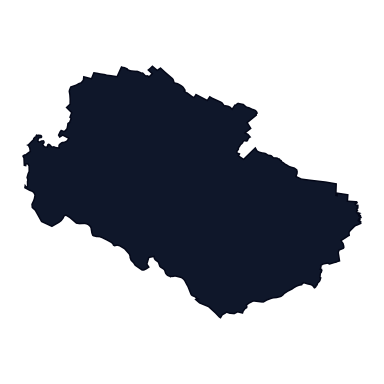 Rabagani, Bihor, Romania
{"feature_id": "2599482B4708880341888", "entity_name": "Rabagani", "entity_type": "district", "adm_level": 2, "iso_a3": "ROU", "parent_name": "Romania", "parent_adm1": "Bihor", "projection": "natural_earth1", "projection_center": [22.248, 46.751], "detail": "fine", "context": "isolated", "style": "filled", "palette": "ink", "viewbox_px": 384, "rotation_deg": 0, "n_neighbors": 0, "source": "geoboundaries", "source_scale": "gbopen_adm2", "svg_char_len": 5924}
<svg xmlns="http://www.w3.org/2000/svg" viewBox="0 0 384 384"><path d="M320.7,277.9L319.8,277.6L320.1,275.7L320.1,274.7L320.4,273.7L320.5,273.0L320.8,272.5L321.2,272.3L321.8,270.4L321.5,269.8L321.5,269.4L320.3,269.3L321.0,266.3L320.7,265.4L323.4,263.9L327.6,263.1L329.5,264.0L334.6,262.4L335.9,262.2L337.4,261.5L339.5,260.9L338.3,253.1L338.3,252.1L339.1,250.0L343.3,248.3L343.8,247.6L343.7,246.1L343.0,243.5L341.7,241.8L341.0,240.6L348.3,235.8L349.2,235.4L349.0,233.3L349.1,232.1L349.9,230.9L354.4,226.4L355.6,225.5L356.9,225.1L360.7,223.4L360.3,222.5L360.4,222.3L360.6,222.3L360.8,222.0L360.7,221.7L360.1,221.6L359.9,221.9L359.8,222.0L359.7,221.9L359.7,221.4L359.5,220.8L358.5,220.9L358.2,220.7L358.2,220.4L358.5,220.4L358.9,220.1L359.1,219.8L359.1,219.4L359.4,219.7L359.9,219.8L360.0,219.5L359.6,218.6L359.9,217.9L360.2,217.7L360.7,217.8L361.0,217.4L360.6,217.0L360.4,215.8L359.8,216.1L358.7,215.9L358.7,215.5L358.9,215.4L359.5,215.6L359.7,215.2L359.3,214.5L358.8,214.8L358.5,214.6L358.3,214.0L359.6,213.3L358.3,212.9L357.7,213.5L357.2,213.2L357.2,212.7L356.5,212.0L356.5,211.5L356.7,211.0L357.5,210.7L357.2,209.9L356.8,209.6L356.6,209.2L356.5,208.8L357.8,208.1L357.9,207.9L357.9,207.7L357.3,207.3L357.1,206.7L357.4,206.4L357.8,206.3L358.0,206.1L357.8,205.3L356.7,205.3L355.3,204.6L355.2,204.3L355.4,204.0L355.2,203.6L355.6,203.2L356.6,203.2L357.1,202.7L356.6,201.8L347.4,201.2L347.8,194.8L337.3,193.2L337.2,195.7L335.8,195.4L336.2,183.9L325.8,182.1L309.6,180.2L301.3,179.1L295.9,176.5L297.0,173.4L297.1,171.6L296.7,169.9L294.3,168.1L291.0,167.2L288.8,166.4L287.0,165.2L284.9,164.1L283.6,163.0L281.7,161.8L281.4,161.4L281.2,160.7L279.9,160.0L279.4,159.1L278.3,158.9L277.1,158.1L276.2,158.0L273.4,157.9L271.4,155.9L270.4,155.5L269.3,155.4L267.9,155.2L265.6,153.6L264.0,153.2L262.2,153.0L259.3,152.2L258.2,151.7L257.2,151.1L256.6,150.4L255.3,148.0L243.6,159.4L238.4,155.9L239.5,153.9L239.0,153.6L237.5,153.4L237.0,152.9L236.9,151.4L237.1,150.8L237.8,150.1L238.4,149.1L238.4,147.9L238.7,147.3L239.2,146.8L239.9,145.7L240.4,144.7L241.5,143.8L242.5,142.8L243.1,141.4L243.8,140.8L244.8,140.7L245.7,140.9L246.8,141.0L247.5,140.4L247.4,139.6L248.3,138.8L249.0,137.5L250.1,137.0L247.8,134.3L244.9,132.9L250.7,128.4L247.1,122.6L256.3,115.1L256.0,114.0L257.1,113.1L256.6,111.9L255.5,110.6L253.6,109.7L252.3,109.4L248.8,107.7L247.5,107.5L246.0,106.9L243.3,104.5L238.8,103.6L238.3,103.4L237.5,103.6L235.6,105.3L235.0,105.1L232.1,109.3L230.2,107.3L228.1,106.3L225.5,105.8L224.2,105.9L222.0,102.9L220.7,102.1L211.9,98.1L209.8,96.8L207.3,100.5L196.0,94.6L194.2,97.5L192.4,96.9L187.3,93.1L187.1,93.4L184.2,91.1L185.0,90.2L183.3,87.6L182.6,86.8L180.8,85.5L177.6,83.7L174.1,82.9L173.2,79.8L172.5,78.7L164.7,72.0L160.5,68.1L157.2,70.4L152.4,66.3L150.2,68.5L148.3,70.0L152.3,73.7L148.8,77.1L147.8,75.9L145.5,76.0L142.7,73.1L141.1,73.1L139.9,72.4L137.5,71.4L134.6,71.3L130.8,70.9L129.4,70.5L127.2,69.5L127.2,68.9L124.5,67.7L123.6,67.5L123.1,67.6L121.5,67.0L117.1,76.7L110.0,75.6L106.8,75.3L104.7,74.6L99.8,73.9L97.6,73.4L93.9,72.8L91.5,78.8L83.8,76.8L83.4,80.2L81.1,82.9L78.9,83.6L76.3,85.1L70.8,87.0L69.5,90.2L69.3,91.5L69.9,94.8L70.2,99.4L70.1,104.2L66.6,107.5L71.7,112.6L70.0,117.3L71.2,118.5L69.5,122.7L68.5,123.0L68.2,123.3L67.9,123.7L67.8,125.1L67.2,128.1L66.8,129.1L64.7,131.2L63.9,131.5L61.2,130.5L60.3,131.6L58.6,135.1L59.7,137.0L62.7,135.1L68.9,138.3L67.3,140.7L66.1,141.6L64.1,142.4L62.5,142.5L61.7,142.8L59.5,144.5L59.0,145.6L59.0,148.1L55.4,147.5L53.8,146.8L52.8,147.2L51.1,146.6L51.0,146.2L50.3,145.3L49.2,144.5L48.6,144.3L47.9,144.7L47.5,145.9L47.6,146.6L47.3,147.0L45.1,147.1L43.9,146.5L43.6,145.7L42.6,144.6L42.7,144.1L43.9,142.9L44.0,142.6L43.9,141.6L43.5,140.9L41.6,141.0L39.8,141.9L39.2,142.0L38.5,141.8L38.0,141.2L38.0,139.6L38.6,138.4L39.1,137.8L41.2,137.5L41.6,136.9L41.4,136.0L40.8,135.5L38.4,135.2L37.2,135.5L36.7,135.1L36.3,135.5L35.9,137.0L34.7,137.4L33.7,138.7L33.8,139.5L31.9,141.3L28.4,144.9L27.9,145.1L28.8,145.6L28.9,146.2L29.8,148.0L30.3,151.5L27.8,153.2L25.7,154.9L24.4,155.0L23.0,156.1L24.0,158.2L24.3,165.3L25.7,165.6L25.9,163.9L27.6,163.7L29.1,165.8L29.2,171.4L28.2,173.6L27.1,177.5L27.9,179.9L27.5,181.6L27.6,186.1L26.4,187.6L25.2,185.8L24.9,187.7L29.7,190.3L31.9,191.1L33.7,192.3L35.1,195.0L34.4,198.6L33.7,200.7L32.0,204.3L32.3,207.5L35.3,210.2L41.6,221.5L51.9,226.3L58.9,222.3L61.1,220.6L63.1,218.0L63.9,216.1L65.8,215.0L69.9,217.5L76.4,223.1L79.4,223.6L84.4,223.4L86.3,223.7L88.4,224.6L90.4,226.5L91.1,227.9L91.9,232.9L92.6,234.8L92.8,235.3L93.4,235.7L96.6,236.5L99.5,236.6L101.5,237.3L106.7,239.8L111.3,242.3L112.8,243.6L113.5,245.1L114.6,245.7L117.1,245.1L119.6,245.7L124.6,248.7L129.4,254.1L130.1,256.0L130.2,257.7L131.2,260.3L133.7,262.8L135.2,265.2L142.1,270.0L143.8,270.0L146.3,268.8L148.8,267.1L146.8,264.1L148.8,257.4L154.1,256.4L154.1,257.3L154.5,258.6L155.3,259.8L158.1,261.9L158.6,262.6L159.8,266.2L160.5,267.0L163.6,269.0L164.4,269.8L164.8,270.5L165.6,273.0L166.0,273.7L166.9,274.7L167.5,275.3L168.8,275.9L170.1,276.3L170.4,276.7L171.1,276.4L172.8,276.4L174.8,276.0L175.9,276.1L181.0,277.4L181.9,277.8L182.6,278.3L183.8,279.3L184.9,280.8L186.8,284.5L187.9,286.3L191.0,294.1L191.4,294.8L192.2,295.5L196.1,297.2L195.9,297.8L198.0,298.9L195.8,299.6L199.6,302.9L208.6,306.6L215.5,312.9L219.4,317.0L220.5,317.7L222.2,314.8L225.2,313.1L226.6,312.1L229.7,313.2L234.2,313.6L237.6,311.8L242.5,313.0L243.1,311.1L245.1,308.5L246.6,307.7L246.8,306.8L246.7,306.1L246.3,304.9L246.9,304.6L249.3,302.9L251.0,302.1L252.8,301.1L254.3,301.0L261.7,301.9L263.5,301.9L266.8,300.0L271.0,298.4L273.1,297.8L276.6,297.5L280.2,296.6L281.2,296.2L283.0,294.8L284.2,293.4L285.7,292.5L287.4,291.3L292.0,289.0L293.8,287.7L296.4,286.2L299.0,285.2L301.7,284.7L302.4,283.4L302.9,283.4L303.5,282.6L307.7,283.9L310.6,284.5L311.8,285.0L312.9,285.8L314.4,287.8L314.9,287.6L316.0,286.5L315.9,285.6L316.4,285.2L317.0,285.0L317.6,283.1L319.4,281.3L319.9,280.4L320.7,277.9Z" fill="#0f172a" stroke="#020617" stroke-width="1.5"/></svg>